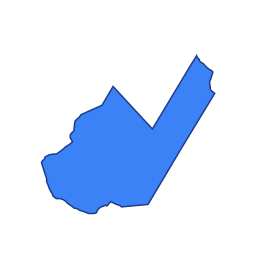 outline of Barbalha, Ceará, Brazil, rotated 211°
{"feature_id": "56859067B21171422710441", "entity_name": "Barbalha", "entity_type": "district", "adm_level": 2, "iso_a3": "BRA", "parent_name": "Brazil", "parent_adm1": "Ceará", "projection": "natural_earth1", "projection_center": [-39.309, -7.437], "detail": "fine", "context": "isolated", "style": "filled", "palette": "blue", "viewbox_px": 256, "rotation_deg": 211, "n_neighbors": 0, "source": "geoboundaries", "source_scale": "gbopen_adm2", "svg_char_len": 1360}
<svg xmlns="http://www.w3.org/2000/svg" viewBox="0 0 256 256"><g transform="rotate(211 128 128)"><path d="M159.9,33.0L158.6,32.2L157.0,31.0L155.2,30.8L153.5,30.6L152.0,31.0L150.9,32.0L149.0,32.7L147.0,33.2L145.6,33.2L143.8,33.1L141.6,32.5L139.5,32.2L137.5,32.1L135.6,32.0L132.8,31.6L130.5,32.6L128.3,32.6L126.5,32.6L124.8,33.1L123.4,33.4L121.8,33.8L120.4,34.1L118.0,34.3L115.4,35.8L112.9,37.3L111.4,39.3L111.9,41.8L111.0,45.4L109.8,47.3L108.5,48.8L107.7,50.2L105.9,50.3L104.9,56.0L101.0,56.3L98.5,56.6L95.1,57.3L92.8,57.1L71.5,72.8L71.6,97.8L71.8,138.7L71.5,202.3L74.0,202.7L76.9,203.1L78.6,205.4L79.8,206.9L81.9,209.7L82.5,213.2L84.0,219.6L85.6,220.2L88.8,220.1L90.3,220.3L92.2,220.7L93.7,221.0L96.9,222.0L99.9,221.9L101.3,222.5L102.4,223.5L104.6,223.9L106.4,225.4L106.6,213.9L106.6,201.2L106.6,157.9L106.6,139.7L124.4,144.9L162.2,155.9L162.0,134.1L168.8,124.4L175.1,115.3L175.4,111.9L176.4,109.2L176.9,106.5L175.3,102.6L173.6,99.1L172.9,97.3L173.6,95.5L174.0,92.5L172.6,90.0L168.4,87.6L170.0,83.1L171.0,81.3L172.0,78.9L172.9,76.1L173.8,73.7L174.8,71.3L175.8,69.2L177.2,68.0L178.8,67.0L179.9,66.0L181.7,64.5L184.2,60.3L183.6,58.6L184.3,56.2L184.5,54.2L183.1,52.7L181.1,50.9L178.7,48.8L174.7,45.3L172.9,43.8L171.5,42.5L170.4,40.5L169.2,39.4L167.2,38.0L165.1,36.2L163.5,35.1L162.0,34.1L159.9,33.0Z" fill="#3b82f6" stroke="#1e3a8a" stroke-width="1.5"/></g></svg>